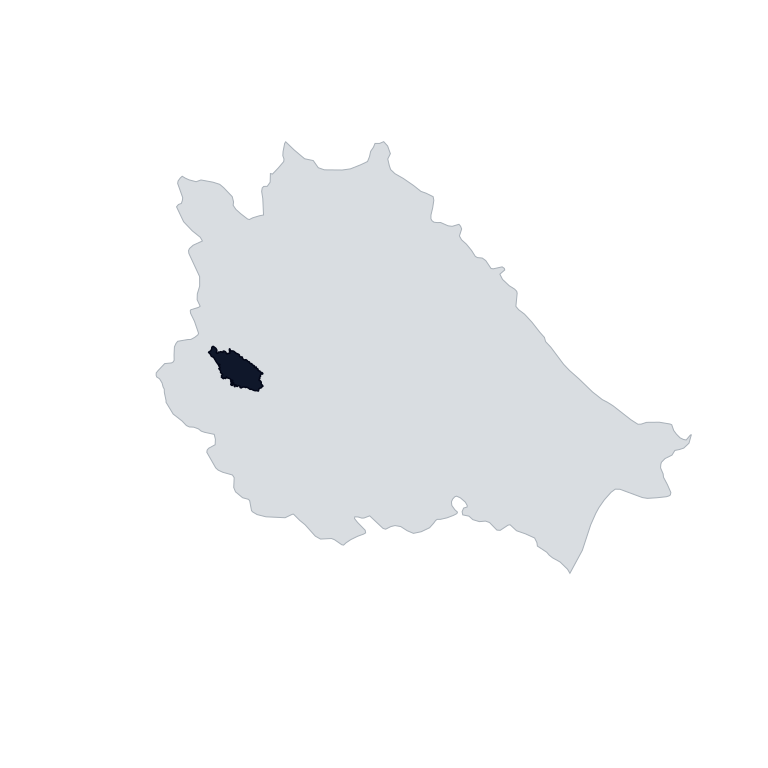 location of Syanno, Vitebsk, Belarus, rotated 221°
{"feature_id": "67162791B30203465956125", "entity_name": "Syanno", "entity_type": "district", "adm_level": 2, "iso_a3": "BLR", "parent_name": "Belarus", "parent_adm1": "Vitebsk", "projection": "equal_earth", "projection_center": [29.908, 54.823], "detail": "fine", "context": "in_parent", "style": "filled", "palette": "ink", "viewbox_px": 768, "rotation_deg": 221, "n_neighbors": 0, "source": "geoboundaries", "source_scale": "gbopen_adm2", "svg_char_len": 9661}
<svg xmlns="http://www.w3.org/2000/svg" viewBox="0 0 768 768"><g transform="rotate(221 384 384)"><path d="M617.1,502.3L605.6,501.7L591.7,501.9L584.0,506.2L575.5,504.1L569.5,506.5L555.9,518.1L550.5,524.3L545.5,534.0L542.4,541.1L544.1,546.1L546.7,550.8L547.3,555.8L548.6,559.7L545.2,562.6L543.2,566.7L537.4,566.0L530.3,562.0L528.8,556.3L523.3,552.3L519.7,550.2L513.8,549.9L504.3,551.8L491.9,553.2L482.5,553.6L477.4,555.6L469.8,557.6L466.9,555.3L462.8,548.8L459.4,542.3L457.0,539.5L455.0,538.7L452.4,538.9L449.5,540.9L447.3,543.0L439.5,545.4L436.0,547.7L432.2,553.7L429.7,553.3L427.1,551.9L424.2,545.2L420.1,543.7L413.5,543.6L405.4,542.2L398.8,540.2L396.4,540.7L392.5,543.5L388.2,543.9L379.0,541.4L377.1,542.6L371.7,549.9L369.1,550.2L367.7,549.3L368.6,542.9L363.2,540.7L354.1,540.3L347.7,541.3L344.6,541.0L343.0,539.8L335.4,529.1L331.2,528.4L323.8,528.9L312.9,527.7L300.4,525.3L293.5,524.4L289.9,522.0L282.2,521.2L261.4,516.7L253.0,515.9L240.4,515.8L221.4,514.8L209.1,515.4L203.4,516.8L196.9,517.8L174.2,519.0L166.0,520.2L163.6,522.4L160.7,527.3L151.1,535.8L141.8,541.5L140.1,542.0L134.9,539.0L130.5,538.0L125.3,537.6L121.6,538.6L119.2,540.0L119.3,546.6L118.7,547.2L115.0,539.4L115.7,532.3L118.1,528.3L120.9,524.7L120.0,519.3L123.0,512.1L123.3,506.9L122.2,504.7L120.2,502.1L114.4,499.3L111.9,497.0L104.1,494.0L96.3,490.3L95.1,488.1L95.5,486.5L97.0,484.1L103.4,477.2L110.2,470.5L114.5,467.8L137.0,459.3L140.5,456.3L141.6,451.2L141.7,441.0L140.7,431.7L139.3,425.3L135.6,413.3L125.2,388.6L119.5,363.1L123.9,364.6L134.3,365.2L142.7,363.4L147.0,363.2L150.8,363.8L161.9,362.3L164.5,364.6L169.3,366.6L179.0,363.7L187.7,360.2L196.5,360.5L197.8,358.8L200.3,349.8L203.0,347.8L213.5,348.7L217.5,347.1L221.7,342.7L228.0,339.9L233.2,340.0L238.7,336.9L241.3,338.9L242.5,342.6L240.6,345.6L241.3,346.8L245.0,348.2L251.5,348.2L255.6,347.0L256.6,345.3L256.7,342.2L255.8,339.3L253.1,336.8L248.1,335.6L244.5,335.5L244.0,334.0L245.3,330.6L248.6,324.4L252.6,318.9L255.1,316.7L255.5,314.8L255.2,311.4L255.3,305.4L259.0,296.9L263.8,290.6L270.2,288.5L277.8,287.4L282.8,284.4L285.3,280.9L287.5,275.5L290.0,274.4L308.3,275.1L311.2,269.7L312.8,268.2L316.4,266.6L318.9,264.6L318.0,263.1L313.3,262.2L302.3,261.3L300.2,259.6L300.9,257.4L304.0,251.8L307.0,244.7L308.5,239.1L308.8,235.9L310.4,235.0L319.3,234.0L322.3,232.9L330.2,225.3L336.1,224.1L351.2,226.0L358.1,225.8L366.9,226.4L367.7,225.6L370.9,218.2L386.0,206.3L394.1,202.2L399.1,201.3L400.9,201.5L408.8,207.8L410.7,208.0L416.1,205.4L425.3,205.2L429.5,207.3L435.6,215.0L438.7,215.9L447.8,211.6L452.7,210.2L456.0,210.3L472.9,216.2L474.1,218.1L474.2,220.4L471.6,227.4L475.0,231.7L479.1,234.6L487.8,229.8L491.1,228.5L494.6,228.4L499.3,226.6L502.7,223.9L505.9,223.0L512.1,223.6L523.4,223.0L536.5,227.2L537.6,228.5L544.2,233.5L546.5,236.0L548.7,236.8L552.2,239.2L556.9,240.7L560.1,240.2L561.7,241.1L563.2,243.0L563.3,246.2L562.9,255.5L558.2,260.5L557.6,262.2L557.9,264.2L561.6,268.3L566.5,274.5L567.6,278.2L567.7,280.9L561.1,289.0L559.0,290.9L557.5,294.9L556.7,298.9L557.2,300.6L568.2,307.0L576.4,310.5L578.3,312.2L578.5,313.3L574.2,320.2L573.8,322.1L580.3,325.0L584.0,329.5L587.3,336.9L593.6,344.1L616.9,354.5L619.0,356.4L619.7,358.6L619.1,363.5L614.9,372.8L618.9,374.2L629.2,373.8L641.7,375.0L656.8,381.6L656.9,384.6L655.4,387.3L656.5,390.1L658.2,392.6L671.3,400.0L672.6,402.1L672.9,405.8L672.6,408.4L669.0,409.0L665.0,410.2L658.5,413.4L656.0,417.9L645.5,424.1L639.0,426.9L633.8,427.0L621.4,425.8L617.0,422.7L615.1,419.9L610.3,418.6L604.0,418.5L595.2,419.0L593.5,419.8L592.1,423.3L588.4,429.2L585.8,432.5L597.0,444.3L602.7,449.1L604.5,452.0L604.4,454.2L601.8,456.6L602.3,461.6L607.8,468.3L605.9,469.3L605.5,477.4L605.6,486.1L607.1,488.2L610.1,489.9L612.6,493.1L616.8,500.4L617.1,502.3Z" fill="#d9dde1" stroke="#a8b0b8" stroke-width="1"/><path d="M511.3,282.8L511.2,282.5L511.1,282.4L510.8,282.4L510.3,282.7L510.0,282.7L509.7,282.6L509.2,282.5L508.6,282.8L508.6,283.1L508.8,283.4L508.6,283.9L508.3,283.9L507.9,283.9L507.3,284.1L507.1,284.6L507.1,284.9L507.1,285.1L507.3,285.4L507.5,285.5L507.6,285.9L507.3,286.0L506.7,286.0L506.0,286.0L505.5,286.1L505.1,286.4L504.8,286.6L504.4,286.7L504.0,286.9L503.5,286.9L503.1,286.9L502.8,286.8L502.3,286.8L501.9,286.9L501.5,287.1L501.1,287.2L500.8,287.4L500.7,287.4L500.4,287.4L500.3,287.2L500.4,286.7L500.6,286.6L500.9,286.6L501.1,286.5L501.5,286.4L501.8,286.2L501.8,285.8L501.6,285.6L501.3,285.5L500.9,285.3L500.5,285.0L500.2,284.6L499.9,284.2L499.5,283.8L499.5,283.6L499.4,283.3L499.3,283.1L498.8,283.0L498.4,283.0L497.9,283.1L497.6,283.3L497.5,283.6L497.5,283.9L497.5,284.1L497.7,284.3L498.1,284.6L498.5,284.9L499.0,285.4L499.2,285.7L499.0,286.0L498.8,286.3L498.5,286.3L498.3,286.1L498.0,285.8L497.7,285.6L497.4,285.4L497.2,285.3L496.8,285.1L496.5,284.9L496.1,284.7L495.9,284.5L495.6,284.2L495.3,284.0L495.2,284.0L494.8,284.1L494.8,284.3L494.9,284.6L495.2,284.9L495.5,285.1L495.8,285.5L495.9,285.8L495.6,286.0L495.4,286.1L495.0,286.2L494.7,286.2L494.4,285.8L494.0,285.6L493.7,285.6L493.4,285.7L493.1,285.9L493.0,286.3L492.9,286.8L492.9,287.1L492.6,287.4L492.4,287.6L492.0,287.7L491.8,287.8L491.4,287.8L491.1,287.7L490.9,287.5L490.7,287.2L490.2,287.0L489.8,287.1L489.3,287.3L489.1,287.5L489.0,287.9L489.0,288.0L488.8,288.4L488.7,288.7L488.5,289.0L488.2,289.4L487.8,289.7L487.6,290.0L487.3,290.2L486.8,290.3L486.4,290.4L486.1,290.6L486.1,290.8L486.0,291.2L485.5,291.4L484.8,291.7L484.3,291.8L483.8,292.0L483.3,292.0L482.9,292.0L482.5,292.0L482.1,292.0L481.6,292.1L481.4,292.3L481.2,292.5L480.7,293.0L480.3,293.2L479.8,293.3L479.4,293.4L478.9,293.5L478.6,293.6L477.8,293.9L477.4,294.1L476.8,294.4L476.3,294.9L476.1,295.2L475.6,295.5L475.1,295.8L474.4,296.1L474.2,296.3L474.3,296.7L474.5,297.0L474.7,297.3L474.8,297.6L475.1,298.0L475.1,298.6L475.0,299.0L474.9,299.3L474.8,299.6L474.4,300.2L474.2,300.5L474.1,301.0L474.1,301.4L474.2,301.5L474.3,301.8L474.3,302.0L474.3,302.3L474.2,302.5L474.0,302.8L474.0,303.0L474.9,303.3L475.3,303.3L475.9,303.4L476.4,303.4L477.0,303.7L477.2,304.0L477.4,304.3L477.8,304.8L478.2,305.0L479.1,305.2L479.6,305.2L480.0,305.0L480.3,304.9L480.7,304.9L481.1,305.1L481.3,305.4L481.3,305.6L481.3,306.0L481.2,306.2L481.2,306.5L481.4,306.8L481.7,307.0L482.0,307.1L482.3,307.4L482.3,307.6L482.2,308.3L482.2,308.7L482.6,309.0L482.9,309.2L483.0,309.6L483.1,309.9L483.1,310.3L483.4,310.6L483.4,310.9L483.2,311.2L482.8,311.4L482.4,311.6L482.2,311.8L482.2,312.1L482.4,312.1L482.6,312.2L482.7,312.5L482.9,312.6L483.3,312.6L483.8,312.5L484.1,312.3L484.8,312.0L485.1,312.0L485.6,312.1L486.0,312.3L486.3,312.3L486.8,312.0L487.3,311.8L487.8,311.7L488.2,311.8L488.4,312.0L488.5,312.3L488.7,312.5L489.1,312.6L489.8,312.5L490.1,312.4L490.5,312.3L490.7,312.2L490.8,312.2L491.0,312.2L491.1,312.5L491.5,312.9L491.8,312.9L491.9,312.7L492.0,312.3L492.1,312.1L492.2,311.9L492.5,311.7L493.0,311.7L493.1,311.9L493.3,312.1L493.4,312.3L493.6,312.6L493.9,312.6L494.2,312.6L494.5,312.6L495.1,312.3L495.4,312.2L495.7,312.1L495.8,312.1L496.1,312.1L496.4,312.3L496.6,312.4L496.8,312.5L497.2,312.5L497.5,312.4L497.7,312.2L498.0,312.0L498.2,311.9L498.4,311.8L498.7,311.7L498.9,311.8L499.2,311.9L499.5,312.1L499.8,312.2L500.0,312.3L500.3,312.3L500.5,312.2L500.8,312.0L501.2,311.8L501.5,311.7L501.8,311.8L502.2,311.8L502.4,311.9L502.7,311.9L503.1,311.9L503.3,311.9L503.6,311.8L504.1,311.8L504.6,311.2L504.8,310.9L505.1,310.6L505.7,310.4L506.4,310.4L507.4,310.4L507.8,310.4L508.2,310.6L508.3,310.9L508.3,311.1L508.4,311.3L508.7,311.3L509.3,311.0L509.7,310.6L510.0,310.4L510.3,310.2L510.7,310.2L511.1,310.2L511.5,310.5L511.9,310.8L512.2,311.0L512.6,311.1L513.0,311.1L513.4,311.0L514.2,310.8L514.9,310.5L515.4,310.4L515.8,310.2L516.5,310.2L517.1,310.2L517.8,310.2L518.2,310.2L518.6,310.2L519.0,310.1L519.3,310.0L519.7,309.8L520.3,309.3L520.7,308.9L521.2,308.7L521.7,308.6L522.2,308.6L522.4,308.8L522.7,309.0L523.0,309.2L523.5,309.3L523.6,309.2L523.6,308.9L523.3,308.5L522.9,308.2L522.7,307.9L522.3,307.5L521.9,307.3L521.4,307.0L521.0,306.7L520.7,306.4L520.7,306.0L520.8,305.7L521.2,305.3L521.8,305.0L521.9,304.6L521.9,304.3L522.2,303.8L522.5,303.7L523.1,303.7L523.5,303.9L523.9,304.1L524.3,304.2L524.8,304.3L525.4,304.2L526.1,304.0L526.5,303.8L526.7,303.6L526.9,303.3L526.8,302.9L526.6,302.6L526.4,302.4L526.4,302.2L526.8,301.9L527.3,301.8L527.8,301.6L528.1,301.5L528.4,301.3L528.5,301.2L528.7,300.8L528.7,300.5L528.9,300.3L529.4,299.9L529.6,299.8L529.8,299.5L529.9,299.1L529.7,298.8L529.5,298.5L529.6,298.0L530.0,297.8L530.5,297.7L531.0,297.7L531.3,297.9L531.5,298.1L531.5,298.3L531.6,298.7L531.8,299.0L531.9,299.3L532.1,299.6L532.5,299.9L532.7,300.1L533.4,300.3L533.6,300.4L534.1,300.6L534.6,300.6L535.4,300.6L536.0,300.5L536.7,300.5L537.3,300.4L537.5,300.4L537.7,300.2L537.9,299.9L538.0,299.6L538.0,299.3L538.0,298.8L537.8,298.4L537.5,298.0L537.1,297.5L536.8,296.7L536.7,296.0L536.6,295.5L536.6,295.1L536.8,294.6L536.8,294.2L537.0,293.9L537.2,293.4L537.2,293.2L537.0,292.7L536.5,292.7L536.0,292.7L535.5,292.7L534.7,292.6L534.2,292.4L533.5,292.1L532.6,291.7L532.2,291.7L531.6,292.0L531.3,292.0L531.0,292.1L530.4,292.2L529.9,292.2L529.3,292.1L528.9,292.0L527.9,291.6L527.4,291.5L526.9,291.3L526.2,291.0L525.7,290.9L524.8,290.6L523.5,290.3L522.8,290.1L522.3,290.0L522.1,290.0L521.7,290.3L521.5,290.7L521.4,290.8L521.1,291.0L520.7,291.0L520.5,290.9L520.5,290.6L520.9,289.8L520.9,289.4L520.7,289.3L519.3,289.1L518.8,289.0L518.3,288.8L518.3,288.3L518.6,287.9L518.8,287.6L518.8,287.4L518.6,287.2L518.0,287.1L517.5,287.0L516.2,286.8L515.7,286.5L515.4,286.2L515.2,285.8L514.8,285.4L514.4,285.4L513.7,285.4L513.2,285.4L512.2,285.4L512.0,285.2L511.9,284.8L511.9,284.5L512.0,284.2L512.2,283.9L512.1,283.7L511.9,283.5L511.6,283.4L511.5,283.2L511.3,283.0L511.3,282.8Z" fill="#0f172a" stroke="#020617" stroke-width="1.5"/></g></svg>